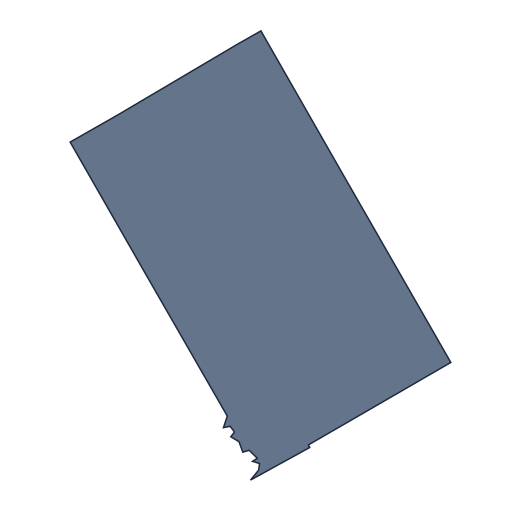 Washita, Oklahoma, United States of America (orthographic projection), rotated 60°
{"feature_id": "52423323B11549083721324", "entity_name": "Washita", "entity_type": "district", "adm_level": 2, "iso_a3": "USA", "parent_name": "United States of America", "parent_adm1": "Oklahoma", "projection": "orthographic", "projection_center": [-98.855, 35.281], "detail": "fine", "context": "isolated", "style": "filled", "palette": "slate", "viewbox_px": 512, "rotation_deg": 60, "n_neighbors": 0, "source": "geoboundaries", "source_scale": "gbopen_adm2", "svg_char_len": 441}
<svg xmlns="http://www.w3.org/2000/svg" viewBox="0 0 512 512"><g transform="rotate(60 256 256)"><path d="M64.4,360.0L219.6,360.6L380.3,360.9L388.4,370.0L390.6,363.5L397.7,362.7L399.9,368.2L408.3,363.6L419.3,365.5L420.8,359.1L431.8,356.0L432.1,361.7L437.5,356.7L442.7,360.7L447.3,372.8L448.7,305.2L445.8,305.1L445.6,140.5L227.5,139.9L63.5,139.2L63.3,167.1L64.7,304.4L64.4,360.0Z" fill="#64748b" stroke="#1e293b" stroke-width="1.5"/></g></svg>